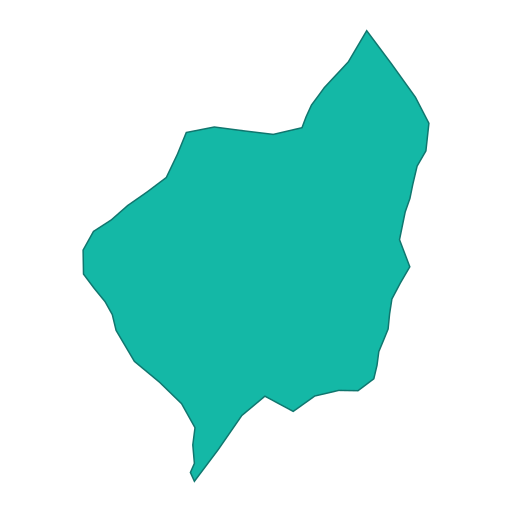 outline of Şəmkir
{"feature_id": "AZE-1685", "entity_name": "Şəmkir", "entity_type": "District", "adm_level": 1, "iso_a3": "AZE", "parent_name": "Azerbaijan", "parent_adm1": "", "projection": "orthographic", "projection_center": [46.049, 40.847], "detail": "fine", "context": "isolated", "style": "filled", "palette": "teal", "viewbox_px": 512, "rotation_deg": 0, "n_neighbors": 0, "source": "natural_earth", "source_scale": "10m", "svg_char_len": 806}
<svg xmlns="http://www.w3.org/2000/svg" viewBox="0 0 512 512"><path d="M409.8,266.8L400.4,282.9L391.9,299.0L389.6,313.8L388.1,329.0L383.5,340.3L378.8,351.6L377.0,365.3L373.8,378.8L358.0,390.7L338.7,390.4L314.8,396.0L293.2,411.4L264.9,396.2L241.8,415.5L218.3,449.5L194.4,481.3L190.4,472.5L194.4,463.4L192.8,444.9L195.0,427.7L181.6,403.7L159.5,382.2L134.4,361.4L116.1,330.4L112.3,314.6L105.1,301.7L94.3,288.5L83.5,274.1L83.1,250.1L93.5,231.4L111.3,219.9L127.7,205.5L147.2,191.9L166.3,177.5L177.4,154.3L186.3,132.5L214.3,127.0L243.4,130.8L273.3,134.4L302.0,127.7L306.1,116.8L311.5,105.0L318.0,96.3L324.4,87.5L348.3,61.9L366.7,30.7L391.5,63.9L415.4,97.2L428.9,123.3L425.9,150.9L417.1,166.1L412.8,184.3L409.9,198.5L405.2,211.9L399.5,239.7L409.8,266.8Z" fill="#14b8a6" stroke="#0f766e" stroke-width="1.5"/></svg>